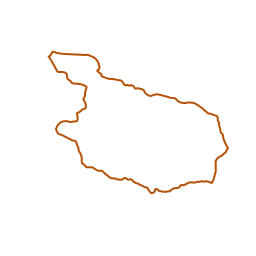 the district of Metap, Chhukha, Bhutan, rotated 292°
{"feature_id": "84629894B26183929812002", "entity_name": "Metap", "entity_type": "district", "adm_level": 2, "iso_a3": "BTN", "parent_name": "Bhutan", "parent_adm1": "Chhukha", "projection": "equal_earth", "projection_center": [89.421, 27.116], "detail": "fine", "context": "isolated", "style": "outline", "palette": "amber", "viewbox_px": 256, "rotation_deg": 292, "n_neighbors": 0, "source": "geoboundaries", "source_scale": "gbopen_adm2", "svg_char_len": 5729}
<svg xmlns="http://www.w3.org/2000/svg" viewBox="0 0 256 256"><g transform="rotate(292 128 128)"><path d="M108.5,226.3L109.3,226.3L111.9,226.7L120.6,225.6L128.7,222.3L130.2,221.6L132.2,222.0L134.4,222.7L136.1,224.1L138.0,225.6L139.5,226.1L141.1,227.2L142.8,227.8L145.0,227.8L146.9,228.2L147.9,226.9L149.2,225.0L153.1,221.2L154.4,220.0L156.4,219.1L157.2,218.5L158.0,217.3L158.6,215.6L160.1,214.7L162.3,213.4L163.6,212.3L165.8,210.7L167.5,210.1L167.7,209.7L168.5,208.5L171.2,207.3L172.2,206.2L172.3,205.7L172.2,200.1L171.6,197.0L173.0,192.3L174.2,189.5L174.8,186.6L175.2,184.9L175.6,182.8L175.9,179.6L174.7,175.5L174.0,173.9L172.6,171.9L171.5,168.2L171.4,166.0L171.6,164.3L172.4,162.6L173.2,160.5L172.6,158.4L172.0,156.8L171.8,154.1L171.4,150.5L170.9,146.6L170.5,143.9L170.1,142.0L169.0,140.5L168.1,139.2L166.2,137.2L166.0,135.8L165.9,135.1L166.1,133.0L167.3,130.2L168.9,128.5L169.2,127.0L168.9,124.7L168.8,123.9L168.6,122.6L168.4,121.9L168.1,121.4L167.6,120.8L167.4,120.4L167.4,120.0L167.4,119.4L167.6,119.1L168.2,118.5L168.9,117.5L168.9,115.9L168.9,114.8L168.7,114.4L168.2,114.2L167.9,113.6L167.7,113.2L167.7,112.6L167.7,111.6L167.5,110.9L167.1,110.6L166.9,110.2L166.6,109.5L166.7,108.7L166.8,108.2L167.9,106.8L168.6,105.9L169.0,105.1L169.1,104.7L169.3,104.0L169.3,103.1L169.2,102.4L168.9,101.8L168.7,101.5L168.7,100.9L168.5,99.4L168.5,99.0L168.3,98.4L168.0,97.5L168.0,96.0L167.8,95.6L167.4,95.0L167.1,93.7L166.8,92.9L166.6,92.6L166.4,92.1L166.2,88.9L166.1,86.6L166.1,86.0L166.1,85.6L166.1,85.0L166.2,84.5L166.3,84.1L166.7,83.6L167.2,83.2L167.6,83.0L168.0,82.7L168.3,82.1L168.4,81.2L168.5,80.5L168.8,79.9L169.5,78.1L170.0,78.1L171.8,79.1L174.0,78.8L175.2,77.6L177.2,76.4L178.2,75.1L179.1,73.8L179.9,72.3L180.6,70.5L180.8,66.3L180.8,63.2L179.6,60.8L177.6,55.0L172.5,40.4L171.2,35.4L170.9,32.7L170.9,31.2L170.6,29.7L169.4,29.2L169.0,29.3L166.4,28.9L165.9,28.8L165.2,28.3L164.5,27.8L161.3,32.2L158.2,36.2L156.2,38.5L154.3,40.8L153.8,41.8L153.9,42.7L154.5,43.9L155.6,47.1L155.8,49.2L155.5,50.3L154.1,51.7L153.7,51.8L151.9,52.5L150.9,53.6L150.6,54.5L150.1,57.0L148.7,59.2L149.0,61.3L150.0,64.3L150.6,66.2L151.1,69.2L151.1,71.4L150.9,73.1L150.8,73.5L150.6,74.0L149.9,74.5L149.4,74.5L148.6,74.4L148.1,74.4L147.4,74.7L146.7,74.8L145.9,74.8L145.1,74.9L143.9,75.2L142.2,75.9L141.6,76.1L141.2,76.0L140.4,76.0L139.7,75.8L139.2,75.7L138.6,75.7L138.0,75.9L137.5,76.5L136.9,77.0L135.3,79.0L133.9,80.2L132.9,80.5L132.3,80.7L131.3,81.2L130.9,81.2L130.4,81.2L129.9,80.9L129.5,80.3L128.7,79.4L127.8,78.5L127.4,78.4L126.5,78.1L124.6,76.9L123.8,76.2L123.3,75.9L122.9,75.5L122.6,75.2L121.3,75.9L120.2,76.6L119.6,76.7L119.4,77.0L119.0,77.4L118.0,77.8L116.5,78.1L115.7,78.1L115.1,77.7L114.2,76.3L113.9,75.7L113.7,75.1L113.3,74.6L112.6,73.7L112.2,72.6L111.8,71.7L111.7,70.9L111.7,70.4L111.7,69.6L111.6,69.1L111.5,68.6L110.8,67.4L110.3,66.2L109.5,65.0L108.7,64.1L108.0,63.4L104.8,61.9L102.4,61.6L100.1,61.7L99.7,61.8L99.0,62.7L98.2,63.2L97.8,63.7L97.2,64.5L97.0,64.9L96.6,65.4L96.5,66.6L96.5,67.7L96.7,68.3L96.7,68.9L96.6,69.8L96.7,70.8L96.6,71.6L96.4,72.4L96.3,72.9L96.3,74.2L96.2,75.0L96.2,75.5L96.2,76.3L96.1,76.9L96.0,77.6L96.0,78.5L96.0,79.0L95.8,79.5L95.7,79.9L95.7,80.4L95.6,80.9L95.7,81.5L95.9,82.2L96.1,82.9L96.3,83.3L96.1,84.2L95.9,84.8L94.8,85.9L94.2,86.3L93.5,86.8L92.9,87.4L92.4,88.1L91.7,88.7L91.2,89.4L90.5,89.8L89.4,90.2L88.8,90.5L88.3,90.9L88.0,91.3L87.7,91.8L87.2,92.6L86.8,93.1L86.4,93.4L85.0,95.0L83.7,95.8L82.5,96.3L81.6,97.0L80.1,97.4L79.1,98.0L78.2,98.4L78.0,99.1L78.0,99.5L77.8,100.0L77.8,100.5L77.6,101.1L77.4,101.6L77.0,102.2L76.5,103.4L76.2,103.7L76.2,104.3L76.2,104.7L76.4,105.2L76.9,106.1L77.0,106.6L77.0,107.0L77.2,107.5L77.5,108.0L77.8,108.5L78.1,109.3L78.1,110.1L77.9,111.5L77.4,113.5L77.2,115.3L77.2,115.8L77.3,116.4L77.5,117.2L77.6,117.6L77.9,118.4L78.2,118.9L78.4,119.4L78.5,119.9L78.4,120.7L78.0,121.4L77.6,122.5L77.0,124.2L76.7,124.8L76.5,125.9L76.3,126.6L76.0,127.2L75.9,127.7L75.4,129.3L75.3,130.0L75.2,131.0L75.4,131.8L75.6,132.6L75.8,133.2L75.9,133.6L76.1,134.1L76.2,134.5L76.4,135.0L76.4,135.8L76.3,136.5L76.4,137.3L76.4,137.7L76.7,138.8L77.0,139.5L77.3,140.4L77.4,140.9L77.7,141.3L77.9,141.7L78.1,142.0L79.6,142.8L80.2,143.3L80.6,144.0L80.7,144.4L80.7,144.8L80.5,145.4L80.2,146.5L80.1,146.9L80.2,147.4L80.4,147.9L80.6,148.4L80.9,148.9L81.2,149.2L81.5,149.5L81.6,149.9L81.6,150.4L81.4,150.9L81.2,151.4L80.8,152.4L80.4,153.2L80.1,153.9L80.0,155.2L80.0,155.9L80.0,156.6L80.1,157.3L80.2,158.1L80.2,158.5L79.8,159.7L79.7,160.7L79.9,162.3L79.9,162.9L79.8,163.3L79.6,164.0L79.5,164.8L79.5,165.2L79.5,166.2L79.8,167.2L79.8,168.0L79.7,168.5L79.3,169.1L78.9,169.6L78.4,170.1L78.0,170.7L77.2,172.0L76.3,174.0L76.6,174.3L76.8,174.8L77.2,175.4L78.2,176.3L78.7,176.4L79.4,176.5L79.8,176.4L80.2,176.3L80.7,176.2L81.1,176.2L81.6,176.4L81.9,177.0L82.0,177.4L82.1,178.0L82.0,178.8L81.7,179.2L81.3,180.0L81.3,180.9L81.6,181.8L81.9,183.5L82.1,184.1L82.2,184.4L82.6,185.4L82.7,186.7L83.1,187.2L83.5,187.6L83.8,187.8L84.4,189.3L84.7,189.9L85.0,190.4L85.6,190.8L86.0,191.0L86.5,191.1L86.8,191.3L87.4,191.6L87.9,192.0L88.5,192.5L89.0,192.9L89.5,193.8L89.8,194.1L90.2,194.8L90.6,195.6L91.1,196.6L91.4,197.0L91.9,197.4L92.4,197.8L92.7,198.0L93.9,198.1L94.7,198.4L95.0,198.7L95.2,199.0L95.5,199.6L95.6,200.2L95.7,201.0L95.9,201.3L96.5,201.8L97.1,202.2L97.7,202.7L98.4,203.6L98.8,203.7L99.5,204.2L100.4,205.2L100.6,205.6L100.9,206.3L101.2,206.8L101.5,207.6L101.6,208.0L101.8,209.0L102.0,209.4L102.2,209.9L102.9,210.9L103.2,211.4L103.9,212.1L104.2,212.7L104.9,214.5L105.2,214.8L105.5,215.1L105.9,215.7L106.1,216.0L106.3,216.6L106.5,217.6L106.6,218.1L106.9,219.1L107.2,219.6L107.7,220.0L108.1,220.6L108.2,221.3L108.2,221.9L108.3,222.9L108.3,223.4L108.3,224.0L108.4,224.7L108.5,226.3Z" fill="none" stroke="#b45309" stroke-width="2"/></g></svg>